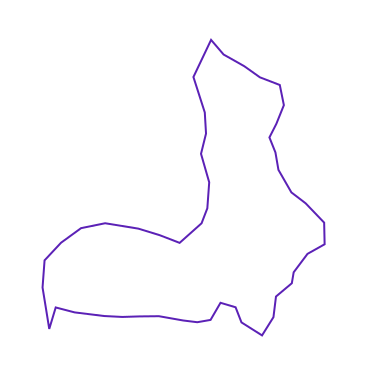 outline of Kourou Monastiri, Cyprus, rotated 187°
{"feature_id": "46923920B54534863217064", "entity_name": "Kourou Monastiri", "entity_type": "district", "adm_level": 2, "iso_a3": "CYP", "parent_name": "Cyprus", "parent_adm1": "", "projection": "albers", "projection_center": [33.557, 35.22], "detail": "fine", "context": "isolated", "style": "outline", "palette": "violet", "viewbox_px": 384, "rotation_deg": 187, "n_neighbors": 0, "source": "geoboundaries", "source_scale": "gbopen_adm2", "svg_char_len": 738}
<svg xmlns="http://www.w3.org/2000/svg" viewBox="0 0 384 384"><g transform="rotate(187 192 192)"><path d="M81.8,113.6L81.3,124.7L69.8,144.7L54.0,156.3L57.1,177.7L77.8,194.6L93.3,203.7L108.9,224.5L114.0,241.4L121.8,255.6L116.6,269.9L111.4,289.4L117.9,308.9L138.6,314.1L155.4,323.2L177.4,332.3L191.6,345.3L204.6,306.3L189.0,272.5L185.2,251.7L187.7,231.0L176.1,203.7L174.8,177.7L178.7,162.1L198.1,140.0L218.8,145.2L240.8,149.1L274.4,150.4L297.7,142.6L315.8,125.7L330.0,106.2L328.7,79.0L322.3,57.0L317.0,38.7L313.2,60.8L293.8,58.2L264.0,58.2L245.9,59.5L229.1,62.1L209.7,64.7L185.1,63.4L170.9,63.4L158.0,67.3L150.2,85.5L134.7,82.9L127.0,68.6L105.0,58.2L95.9,77.7L95.9,98.5L81.8,113.6Z" fill="none" stroke="#5b21b6" stroke-width="2"/></g></svg>